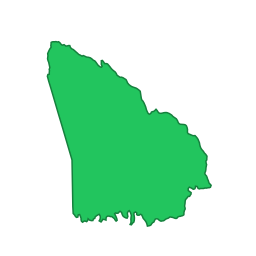 Ribeirão do Largo, Bahia, Brazil, rotated 168°
{"feature_id": "56859067B83066818990212", "entity_name": "Ribeirão do Largo", "entity_type": "district", "adm_level": 2, "iso_a3": "BRA", "parent_name": "Brazil", "parent_adm1": "Bahia", "projection": "equal_earth", "projection_center": [-40.683, -15.459], "detail": "fine", "context": "isolated", "style": "filled", "palette": "green", "viewbox_px": 256, "rotation_deg": 168, "n_neighbors": 0, "source": "geoboundaries", "source_scale": "gbopen_adm2", "svg_char_len": 4030}
<svg xmlns="http://www.w3.org/2000/svg" viewBox="0 0 256 256"><g transform="rotate(168 128 128)"><path d="M185.4,227.7L185.8,226.1L186.3,224.8L186.5,222.9L188.0,221.6L189.3,220.0L190.1,218.9L191.1,217.5L191.3,215.2L191.8,213.9L192.3,212.4L192.2,210.4L191.9,208.7L191.9,206.5L191.9,205.0L191.9,203.3L192.9,201.7L192.9,200.3L193.4,199.0L193.8,197.0L195.2,197.0L196.1,195.4L195.8,190.0L195.2,183.3L194.4,173.1L193.2,157.2L192.0,142.5L189.4,108.4L198.3,62.7L199.4,55.8L198.4,54.1L197.8,52.4L197.0,51.3L195.6,51.3L194.7,53.4L193.3,53.4L192.9,51.3L192.7,49.2L193.0,48.0L192.9,46.4L192.0,45.3L191.0,45.7L190.0,46.1L189.0,45.7L187.9,45.0L186.7,45.9L185.9,47.5L184.8,45.9L183.1,45.0L181.6,44.8L180.7,46.2L179.3,46.5L178.5,48.0L176.8,48.8L175.6,49.2L174.1,49.6L173.5,47.7L173.7,46.1L174.4,44.4L175.5,43.2L173.9,41.7L172.7,42.7L171.7,43.9L169.9,43.3L168.7,42.5L168.1,44.7L167.3,45.7L166.3,46.0L164.9,45.8L163.7,45.0L162.3,44.7L161.2,43.4L160.2,42.2L159.8,40.8L159.0,39.4L157.8,40.0L157.8,41.6L158.0,43.0L158.4,44.8L158.9,47.0L157.8,47.5L156.7,46.9L155.3,46.8L154.4,47.5L153.1,48.2L151.8,46.7L151.7,45.0L151.4,43.5L150.9,42.4L149.8,41.3L148.8,40.5L147.6,40.0L146.5,41.5L146.5,43.0L146.3,45.0L145.1,46.4L144.0,46.9L143.3,45.2L143.0,43.2L143.0,41.6L143.5,40.3L144.2,38.0L144.4,36.4L144.8,34.8L146.0,33.2L144.8,32.6L144.0,33.3L143.0,34.2L141.9,34.7L141.1,36.2L140.4,38.6L140.2,40.9L140.2,42.5L139.6,43.9L138.1,44.3L137.1,43.2L137.5,41.5L136.7,40.7L135.3,40.4L133.6,41.0L132.7,40.2L132.3,38.6L131.9,36.4L130.8,34.5L130.1,32.9L129.7,31.7L129.5,30.2L129.4,28.0L128.0,28.0L126.9,28.0L125.5,28.5L124.6,29.6L123.3,30.4L122.3,30.6L121.1,32.2L120.3,33.2L119.2,33.3L117.8,32.9L116.5,31.1L115.1,30.0L113.8,30.0L112.3,29.9L110.8,30.6L109.7,31.1L108.5,31.3L107.5,31.4L106.5,31.8L105.4,32.3L104.3,31.8L103.2,31.4L102.0,30.7L100.8,29.9L99.8,29.5L98.7,29.7L97.7,30.6L96.3,30.9L95.0,30.7L93.9,30.9L92.8,30.9L91.4,31.5L90.8,33.9L89.8,35.8L88.9,36.9L88.8,38.5L88.9,39.8L88.4,41.1L87.9,42.4L87.3,44.5L86.6,46.0L85.3,46.9L84.4,47.7L83.3,48.6L82.0,48.3L80.9,49.5L80.1,50.2L79.7,51.7L81.2,53.3L82.1,54.4L81.7,56.3L80.3,57.4L78.3,55.9L76.9,54.5L75.4,54.6L74.6,55.5L74.1,57.0L72.5,56.4L72.0,54.3L70.9,53.6L69.5,53.7L67.8,53.3L66.5,53.1L65.2,53.3L63.9,52.9L62.7,52.9L61.8,52.9L60.8,52.7L59.7,52.9L58.6,54.7L59.3,55.9L60.2,57.4L60.4,59.8L60.8,61.7L60.9,63.2L61.2,64.8L62.1,66.3L62.3,67.9L61.1,69.6L60.4,71.4L60.0,72.9L59.3,74.5L58.7,75.9L58.9,77.2L58.7,79.4L57.6,80.4L57.2,82.0L56.6,84.0L57.5,86.2L58.5,87.7L59.1,89.5L60.1,91.2L60.9,93.0L61.2,94.9L61.3,96.6L61.2,98.6L61.5,100.5L61.9,102.5L62.5,104.0L63.1,105.1L64.0,106.6L66.1,107.0L67.4,107.9L68.8,108.9L70.3,109.9L70.8,111.3L70.1,114.2L70.1,116.0L70.4,117.9L71.1,119.0L72.3,119.7L74.7,120.4L76.1,120.8L77.1,121.6L77.7,122.8L78.1,125.0L78.8,126.9L79.8,128.0L80.8,129.0L81.7,130.0L82.6,131.6L84.6,133.6L86.8,135.0L88.5,135.4L89.8,135.5L92.1,135.4L93.7,135.7L94.7,136.4L95.4,137.7L95.9,139.1L96.7,140.5L98.3,139.4L99.5,138.9L100.8,138.9L101.8,138.7L102.7,137.5L104.3,137.0L105.3,138.2L105.9,140.5L106.2,142.2L106.3,144.7L106.7,146.9L107.1,149.0L107.8,151.2L108.7,152.7L108.8,154.5L108.7,156.4L108.5,159.5L108.4,161.4L109.3,162.7L110.6,164.2L111.6,165.2L113.1,166.1L114.1,166.7L115.7,167.7L116.9,168.9L118.1,170.3L119.1,172.3L119.4,174.0L119.9,175.8L121.3,177.1L122.5,178.3L123.9,179.1L125.3,179.3L126.6,180.7L127.7,181.8L128.2,183.9L128.9,185.5L130.1,186.9L131.2,188.3L132.1,189.8L133.0,191.8L134.7,194.9L136.0,195.6L137.4,195.8L138.2,197.9L139.0,199.4L140.1,199.4L140.5,197.5L140.9,195.8L140.5,193.8L141.3,193.0L142.2,193.3L143.1,194.2L144.1,195.4L144.8,196.9L145.7,199.0L146.5,200.5L147.8,201.5L149.2,203.4L150.3,204.5L152.0,205.4L153.8,206.0L155.6,207.4L156.8,208.2L158.0,207.8L159.5,209.2L160.9,210.2L161.9,211.7L162.9,213.0L163.9,214.4L165.2,216.1L166.6,217.2L167.6,218.8L167.8,220.7L168.8,221.0L170.4,220.9L171.8,221.1L173.2,222.8L175.1,222.7L176.0,223.7L176.8,225.4L177.9,226.8L179.2,226.8L180.5,227.5L181.8,227.6L183.0,227.9L184.3,228.0L185.4,227.7Z" fill="#22c55e" stroke="#15803d" stroke-width="1.5"/></g></svg>